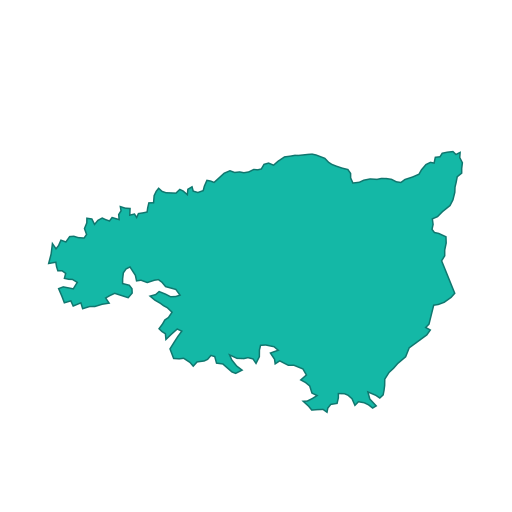 Mato Rico, Paraná, Brazil (Albers equal-area conic projection), rotated 11°
{"feature_id": "56859067B20079776482103", "entity_name": "Mato Rico", "entity_type": "district", "adm_level": 2, "iso_a3": "BRA", "parent_name": "Brazil", "parent_adm1": "Paraná", "projection": "albers", "projection_center": [-52.238, -24.697], "detail": "fine", "context": "isolated", "style": "filled", "palette": "teal", "viewbox_px": 512, "rotation_deg": 11, "n_neighbors": 0, "source": "geoboundaries", "source_scale": "gbopen_adm2", "svg_char_len": 3589}
<svg xmlns="http://www.w3.org/2000/svg" viewBox="0 0 512 512"><g transform="rotate(11 256 256)"><path d="M404.6,371.8L407.3,368.1L407.3,363.5L407.0,358.6L405.9,352.3L408.8,344.9L412.4,340.0L415.6,334.5L422.1,326.4L423.9,316.9L438.7,300.9L441.2,295.4L436.2,293.8L438.8,289.9L439.8,270.4L444.2,268.8L449.6,265.5L455.4,259.4L458.2,254.7L439.1,225.3L441.2,219.8L440.1,214.1L440.2,207.0L438.8,200.9L431.1,199.0L426.7,198.9L423.7,196.3L423.8,191.2L422.0,185.9L426.7,182.7L430.7,176.7L436.8,169.5L438.6,163.3L439.0,155.6L438.2,150.4L438.4,145.8L438.4,139.8L442.1,135.4L441.2,130.8L440.8,125.1L437.2,120.5L436.6,115.4L432.9,118.2L429.4,115.9L424.0,117.6L419.2,119.6L417.7,123.5L413.2,124.9L413.1,130.8L409.4,130.8L405.4,133.8L402.0,139.8L400.4,144.6L394.6,148.6L387.6,152.5L384.2,156.2L379.6,156.4L374.4,154.9L369.2,155.1L364.2,156.0L360.2,157.7L353.3,158.6L347.4,161.0L343.4,163.9L337.2,165.9L334.0,161.3L333.1,156.9L329.7,153.6L323.7,153.3L317.7,152.5L312.9,151.6L309.4,150.2L304.9,147.0L295.7,145.4L291.7,145.3L287.9,146.3L278.5,149.2L274.9,149.8L271.1,151.3L265.1,153.3L259.7,158.6L255.9,163.5L250.6,162.4L246.4,164.5L244.6,169.6L241.2,171.1L237.3,171.5L232.8,174.9L228.2,176.6L224.0,176.6L219.1,178.1L214.2,177.3L209.0,180.8L205.2,185.9L200.8,191.8L197.2,191.1L193.4,191.1L192.0,197.3L191.7,201.9L186.8,204.8L182.0,204.3L180.0,200.3L176.4,203.5L176.9,208.9L172.0,206.1L168.5,205.2L165.4,209.6L160.7,210.3L155.6,211.1L151.4,210.5L147.5,208.1L145.7,211.6L144.5,216.2L145.3,223.3L140.7,224.3L140.5,229.4L140.7,233.6L136.7,235.3L132.5,236.8L131.5,241.0L128.7,238.0L124.3,240.0L123.3,233.4L118.5,234.0L113.4,233.4L114.9,237.4L113.3,241.5L114.7,246.4L107.4,245.7L105.5,249.6L101.4,249.0L97.8,248.1L94.0,251.2L91.5,255.8L87.8,251.0L82.8,251.2L83.6,255.8L82.4,261.8L85.6,267.2L83.8,271.2L77.9,271.9L73.4,271.4L69.4,272.5L66.7,278.5L61.5,277.7L60.2,283.5L58.3,287.1L53.8,282.7L54.5,293.2L53.9,302.9L60.7,300.3L62.3,304.6L64.3,308.3L68.5,307.5L72.5,309.4L72.2,314.5L76.7,314.6L80.3,314.0L85.6,316.0L82.9,323.1L72.7,323.1L68.5,325.7L73.3,332.8L76.8,338.5L82.8,335.4L86.1,340.0L93.0,335.4L95.9,340.8L102.2,337.4L107.5,336.3L114.2,332.7L120.8,330.3L116.4,325.9L120.0,322.8L124.4,319.6L138.5,321.3L141.5,316.0L140.5,311.8L137.2,308.9L130.3,308.5L129.4,303.7L129.0,297.8L130.9,293.5L134.4,290.8L141.3,298.0L143.5,303.2L147.7,301.7L154.3,302.8L161.0,299.1L164.7,297.8L168.7,299.7L173.1,303.3L183.7,304.1L188.9,308.9L185.0,311.1L179.9,312.3L174.4,310.7L167.7,309.4L164.9,313.0L159.7,315.6L165.1,318.6L171.2,320.7L174.7,322.4L178.9,323.7L184.3,327.2L181.8,333.1L178.7,336.2L177.3,340.4L174.7,345.9L178.1,348.1L181.9,349.6L183.5,355.1L187.8,349.0L192.6,342.7L197.5,343.9L194.7,349.8L192.3,355.8L189.3,363.6L194.7,372.3L200.2,371.6L204.5,370.2L211.6,373.1L215.4,376.1L218.4,371.2L225.2,368.9L228.2,366.7L230.7,362.2L234.7,362.6L237.7,368.7L244.0,368.3L254.5,374.4L258.4,375.1L264.1,370.7L258.0,367.7L252.0,362.6L248.9,358.1L256.9,360.1L263.7,359.0L267.5,357.3L272.7,357.6L276.5,361.4L278.5,354.2L277.3,347.6L277.5,342.8L282.5,341.5L291.1,341.6L295.8,344.3L292.0,346.5L288.7,348.5L293.9,353.8L295.4,358.2L299.3,354.4L304.0,355.8L308.6,357.1L314.0,356.0L323.6,357.9L328.2,363.2L323.6,369.1L328.7,370.7L333.5,373.3L337.1,379.9L342.6,381.3L338.7,385.0L333.9,388.7L330.1,389.6L336.3,393.4L340.1,396.6L345.5,395.1L351.1,393.8L355.5,395.8L355.5,391.6L357.7,387.4L363.7,385.2L363.9,379.5L363.1,375.3L369.1,374.3L372.9,375.1L377.5,377.8L381.6,383.7L384.4,379.5L390.2,379.4L394.8,380.6L399.5,383.0L402.6,380.2L395.0,374.7L391.8,368.1L400.2,369.9L404.6,371.8Z" fill="#14b8a6" stroke="#0f766e" stroke-width="1.5"/></g></svg>